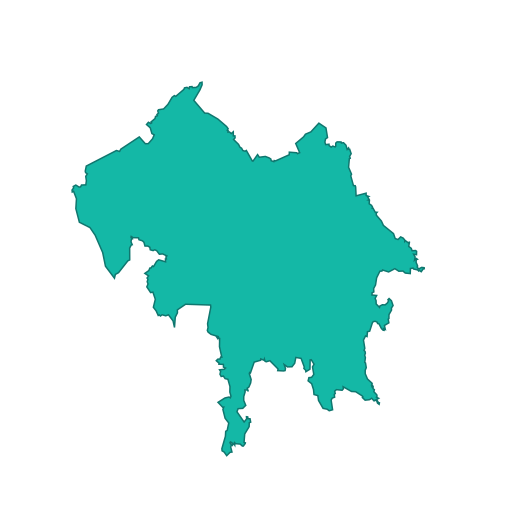 outline of Morelia, Michoacán, Mexico, rotated 339°
{"feature_id": "50627088B87271210555376", "entity_name": "Morelia", "entity_type": "district", "adm_level": 2, "iso_a3": "MEX", "parent_name": "Mexico", "parent_adm1": "Michoacán", "projection": "equal_earth", "projection_center": [-101.279, 19.655], "detail": "fine", "context": "isolated", "style": "filled", "palette": "teal", "viewbox_px": 512, "rotation_deg": 339, "n_neighbors": 0, "source": "geoboundaries", "source_scale": "gbopen_adm2", "svg_char_len": 6140}
<svg xmlns="http://www.w3.org/2000/svg" viewBox="0 0 512 512"><g transform="rotate(339 256 256)"><path d="M359.1,358.4L363.1,355.1L363.8,353.1L366.2,351.4L366.4,346.3L365.0,343.4L363.5,344.1L363.7,345.4L361.9,346.9L359.0,347.9L356.5,346.8L353.6,347.1L352.9,348.2L351.0,343.8L352.1,340.7L352.0,338.3L354.5,336.1L350.3,334.0L351.2,331.9L353.1,331.8L354.2,328.5L357.2,325.9L360.8,319.6L366.2,314.6L368.2,315.2L369.1,314.4L374.1,318.4L381.1,317.6L383.9,321.4L387.8,322.7L389.2,325.4L393.7,327.7L395.7,323.0L398.3,323.6L398.4,324.6L401.9,326.9L402.5,328.3L403.2,327.9L404.6,329.9L407.5,328.0L408.5,328.2L408.8,327.2L406.6,326.0L403.9,326.3L402.9,325.7L402.5,324.0L403.3,323.3L403.2,319.2L404.3,316.9L405.5,316.9L404.8,315.8L402.5,316.7L404.2,314.0L403.8,310.8L406.3,312.3L407.6,309.2L407.0,308.1L403.6,307.0L403.7,304.5L402.0,301.8L404.5,297.6L403.1,298.6L400.9,295.1L400.2,295.5L400.6,294.4L399.8,292.0L397.9,290.0L394.5,291.5L392.2,289.6L392.4,284.4L385.9,273.1L385.6,268.3L383.0,261.1L383.5,259.2L384.7,258.6L383.0,257.8L382.4,253.5L381.6,253.0L382.3,252.2L382.0,250.1L380.4,247.8L381.8,244.7L381.0,244.1L381.9,244.1L381.4,240.9L382.6,240.8L380.5,239.0L381.3,236.8L371.0,235.7L373.8,227.2L373.8,225.9L372.2,225.2L373.2,215.1L374.5,213.9L374.2,206.4L378.0,198.6L379.0,198.5L379.1,196.5L381.5,194.6L381.7,189.9L380.9,189.7L381.1,188.3L379.3,189.2L379.7,184.8L378.3,181.6L376.2,181.1L376.3,180.0L372.6,178.5L370.9,179.2L369.8,182.1L368.9,182.5L367.1,180.9L365.2,181.3L363.8,179.1L364.2,177.8L361.0,177.0L361.1,174.4L362.9,171.6L365.2,171.1L367.2,161.5L362.3,154.5L351.7,159.8L345.8,160.0L343.2,161.8L333.4,165.2L333.8,175.2L331.4,175.3L331.0,174.2L324.3,171.0L323.3,173.4L308.3,174.2L307.2,173.4L306.5,174.3L304.3,172.5L304.6,170.8L303.4,169.1L300.4,166.4L294.5,165.0L293.8,161.9L287.3,166.3L286.6,166.0L284.8,154.0L283.4,154.3L281.5,152.8L281.2,150.2L280.0,148.6L279.7,145.5L276.8,139.2L278.8,138.2L279.4,136.3L277.9,135.7L279.3,131.9L276.7,132.8L275.7,130.7L274.2,130.2L274.9,129.0L274.2,128.3L275.6,127.2L274.9,124.5L269.5,114.5L262.4,105.6L259.3,104.2L253.7,88.4L263.2,80.8L267.0,76.9L267.9,74.4L265.8,74.2L263.1,76.5L260.6,77.2L257.0,76.0L257.0,74.9L254.6,74.2L253.5,75.8L252.0,73.8L249.5,73.4L248.4,74.6L238.3,78.2L237.3,77.0L234.5,77.8L228.1,82.9L222.4,85.6L217.4,84.5L216.3,85.3L216.1,87.7L214.2,88.4L214.2,89.7L212.2,89.7L211.0,91.5L206.1,93.2L206.3,94.3L205.2,94.6L203.5,92.6L200.9,94.0L203.2,98.4L202.7,104.4L204.4,106.4L201.4,109.5L195.7,112.5L192.9,111.5L189.7,103.0L168.1,107.8L166.1,109.5L163.5,107.5L129.8,111.2L127.0,115.6L126.8,117.1L128.0,118.9L125.6,120.6L124.6,125.0L122.6,128.6L118.5,127.2L117.0,128.6L115.5,128.2L113.2,125.2L110.3,125.6L110.1,127.1L107.9,128.5L107.4,130.4L108.9,130.2L108.9,138.2L104.8,147.2L103.2,161.2L111.2,170.0L113.3,179.0L114.1,197.8L111.8,211.6L115.9,226.0L118.1,222.8L121.7,222.3L134.6,214.6L136.7,214.4L140.9,203.3L143.5,201.0L144.5,201.1L144.4,198.0L145.7,195.7L146.7,195.7L146.0,193.8L146.5,193.0L147.8,194.8L152.8,196.9L152.6,198.9L155.4,201.1L156.3,203.0L155.9,206.9L158.6,208.0L160.0,209.8L159.5,212.3L161.9,214.1L163.7,213.9L165.2,215.4L166.4,219.7L169.6,220.6L172.8,224.0L171.6,224.6L171.3,226.6L170.4,226.3L169.5,229.0L163.8,224.7L161.3,225.4L156.6,229.1L155.7,228.2L153.8,229.5L152.6,229.2L150.7,231.2L146.0,232.4L148.6,236.1L146.4,237.5L146.8,239.0L145.2,241.0L145.2,243.4L143.0,245.7L144.5,252.4L146.8,252.8L146.5,260.3L141.8,267.1L143.1,271.4L143.4,276.5L144.6,276.4L145.3,277.8L147.3,277.2L150.3,279.5L153.2,279.5L155.3,286.9L154.3,293.5L158.7,284.2L162.3,280.9L163.3,278.1L173.0,275.8L196.0,285.5L195.5,287.5L186.5,301.9L185.6,305.6L183.9,308.0L184.0,309.9L185.9,313.0L191.9,317.7L191.8,319.6L192.5,320.0L189.4,327.6L187.8,338.2L186.8,337.7L185.4,339.3L183.4,338.6L181.4,339.5L183.1,342.8L182.6,343.7L186.7,345.5L185.8,348.1L187.4,349.7L185.8,350.4L181.2,349.2L181.6,351.1L180.0,353.4L180.3,356.0L182.5,356.4L183.2,359.4L185.6,361.0L184.9,368.6L182.8,373.7L182.4,377.9L181.2,379.2L180.3,378.0L176.1,377.4L168.1,379.0L170.7,385.3L171.7,385.5L170.1,387.4L169.0,396.4L170.7,402.1L166.6,408.5L164.9,408.8L162.8,413.4L155.1,423.6L154.5,425.7L156.0,427.6L157.1,431.9L161.4,430.0L163.3,430.4L163.9,425.2L165.2,423.9L164.8,420.9L165.5,420.4L166.7,421.7L166.4,424.1L168.1,423.1L168.4,424.8L169.2,422.8L169.7,423.9L173.8,425.9L175.1,428.5L176.1,428.9L178.7,427.2L179.1,426.6L178.0,425.8L181.7,418.1L188.4,412.9L190.0,409.2L191.5,409.2L192.1,405.8L190.2,405.0L190.6,403.2L189.5,402.6L188.9,404.7L185.4,406.7L182.4,394.6L184.6,392.1L189.0,393.5L193.5,391.5L192.9,391.6L192.8,386.4L194.2,382.8L197.2,378.9L197.5,377.1L200.0,378.0L200.3,379.7L200.4,376.3L202.4,375.8L205.5,372.6L207.2,369.6L207.6,363.4L208.3,362.5L208.9,363.2L216.3,354.4L223.0,355.0L223.6,353.8L226.1,356.2L226.9,355.2L226.7,357.5L227.6,358.4L231.4,358.7L236.1,369.4L235.2,370.8L240.6,373.2L242.1,373.4L243.2,371.6L243.4,367.4L245.6,370.8L249.9,372.3L253.7,370.0L256.8,365.0L261.4,367.7L261.3,376.8L260.4,378.2L261.4,380.3L261.1,381.9L265.8,381.0L269.3,372.4L270.4,372.6L271.4,377.8L269.0,379.8L267.5,387.3L264.4,389.2L261.8,388.5L259.9,391.2L262.2,395.2L261.8,401.4L260.5,406.1L263.7,408.5L262.6,413.3L264.0,422.3L267.5,424.5L268.9,426.7L272.4,427.0L274.5,417.5L276.2,416.0L278.8,416.0L279.5,413.2L280.7,412.8L281.0,410.4L283.2,409.6L288.3,412.2L290.0,411.3L290.5,409.3L296.6,416.7L300.4,418.4L304.9,424.5L305.3,425.8L304.6,426.3L306.2,429.7L310.4,430.8L313.0,430.3L314.3,433.6L315.6,433.2L316.8,434.7L316.7,436.9L317.8,438.6L318.6,437.3L317.8,436.7L317.1,433.2L319.5,432.8L317.8,431.0L318.8,430.2L319.0,428.8L317.4,424.9L318.6,423.2L317.7,421.8L318.4,420.2L317.5,420.1L317.4,418.7L318.4,418.8L318.1,417.1L318.8,416.5L316.0,410.8L315.8,405.0L317.0,401.8L318.9,399.8L319.9,395.1L319.4,394.3L321.7,390.1L321.9,387.6L323.3,385.9L323.6,384.1L323.0,382.9L324.5,381.2L326.2,373.0L329.6,369.9L330.8,371.0L332.9,366.6L335.2,366.9L341.0,359.7L342.6,359.3L344.1,359.8L345.5,361.4L345.3,362.6L346.5,363.4L347.1,368.7L348.1,370.9L348.9,371.3L349.2,369.6L350.4,370.9L351.0,366.9L356.1,366.0L356.8,362.3L357.7,362.0L359.1,358.4ZM191.0,317.8L190.2,317.3L190.6,318.9L191.0,317.8Z" fill="#14b8a6" stroke="#0f766e" stroke-width="1.5"/></g></svg>